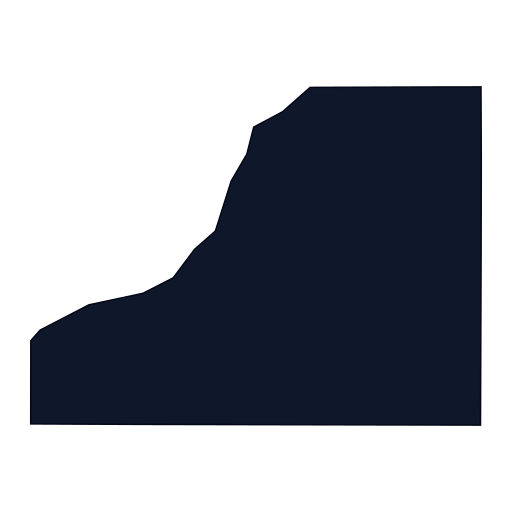 the district of Starke, Indiana, United States of America
{"feature_id": "52423323B53006096789776", "entity_name": "Starke", "entity_type": "district", "adm_level": 2, "iso_a3": "USA", "parent_name": "United States of America", "parent_adm1": "Indiana", "projection": "mercator", "projection_center": [-86.683, 41.302], "detail": "fine", "context": "isolated", "style": "filled", "palette": "ink", "viewbox_px": 512, "rotation_deg": 0, "n_neighbors": 0, "source": "geoboundaries", "source_scale": "gbopen_adm2", "svg_char_len": 376}
<svg xmlns="http://www.w3.org/2000/svg" viewBox="0 0 512 512"><path d="M481.0,86.9L424.5,87.0L310.1,87.4L282.6,111.7L253.7,127.1L246.8,154.2L231.2,181.0L215.4,231.0L194.6,249.3L173.2,277.8L142.9,293.3L88.9,304.8L40.1,330.1L30.8,340.7L30.7,423.9L143.2,424.4L480.5,425.1L480.9,312.5L481.1,256.1L481.3,162.2L481.0,86.9Z" fill="#0f172a" stroke="#020617" stroke-width="1.5"/></svg>